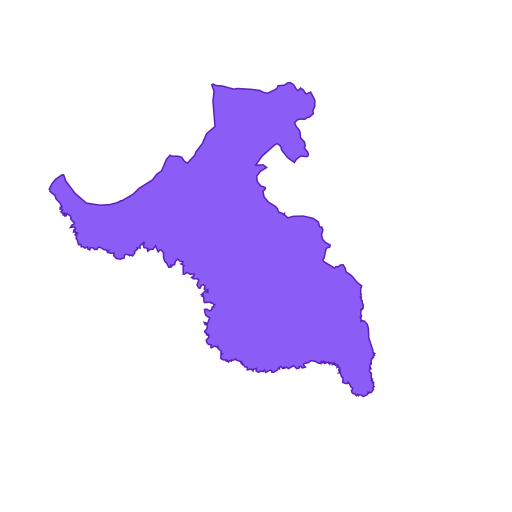 Kasulu, Kigoma, United Republic of Tanzania (orthographic projection), rotated 145°
{"feature_id": "72390352B21750015500578", "entity_name": "Kasulu", "entity_type": "district", "adm_level": 2, "iso_a3": "TZA", "parent_name": "United Republic of Tanzania", "parent_adm1": "Kigoma", "projection": "orthographic", "projection_center": [30.484, -4.434], "detail": "fine", "context": "isolated", "style": "filled", "palette": "violet", "viewbox_px": 512, "rotation_deg": 145, "n_neighbors": 0, "source": "geoboundaries", "source_scale": "gbopen_adm2", "svg_char_len": 6132}
<svg xmlns="http://www.w3.org/2000/svg" viewBox="0 0 512 512"><g transform="rotate(145 256 256)"><path d="M117.2,358.9L122.2,360.0L122.0,364.7L123.1,368.1L126.7,367.3L127.3,368.8L127.0,374.8L128.5,378.5L131.4,379.8L134.5,379.5L140.2,382.8L142.9,381.3L144.8,381.3L153.2,382.7L155.9,385.5L158.0,389.5L164.0,395.0L174.9,403.7L178.5,405.4L186.1,414.6L191.0,418.6L192.5,421.5L194.1,421.6L195.9,415.0L202.6,407.3L215.3,385.6L226.4,384.5L235.1,379.0L245.6,375.7L248.2,373.7L259.1,371.4L260.4,374.8L260.2,379.4L262.4,382.2L267.7,386.1L268.6,387.9L274.0,386.5L284.5,379.9L290.5,379.9L297.1,377.7L312.8,378.5L321.1,377.1L334.7,378.2L334.9,378.8L338.7,379.2L346.7,382.1L354.9,387.3L364.6,396.6L368.3,411.2L368.8,426.5L367.0,432.8L368.2,433.7L375.8,433.8L381.9,432.2L387.1,429.3L386.9,428.0L387.8,427.2L386.0,421.0L387.0,417.5L386.2,411.6L386.8,407.6L388.4,408.3L389.6,406.7L388.3,406.0L387.9,404.7L390.5,404.1L389.9,401.4L390.7,399.6L390.3,400.1L389.7,399.5L388.4,401.3L387.8,399.5L389.5,398.3L388.7,397.8L386.4,398.8L385.0,395.0L386.5,392.3L386.0,387.1L386.8,386.5L388.9,387.0L391.7,385.8L388.5,384.3L387.8,382.9L388.0,382.2L390.2,381.8L391.6,380.4L389.7,380.4L390.8,379.0L388.9,377.2L389.6,376.4L390.6,377.4L392.1,377.1L391.8,375.0L393.4,373.3L393.1,371.8L394.8,367.4L394.7,366.7L393.4,366.8L392.8,366.0L393.9,363.8L392.4,362.9L391.6,360.6L388.8,360.1L389.7,358.4L388.8,356.3L386.9,357.8L384.5,355.8L384.6,354.0L382.5,352.6L380.6,353.5L378.7,352.6L376.9,348.3L375.2,347.2L375.2,345.3L373.9,345.0L375.5,344.5L375.4,343.8L372.7,340.9L370.5,340.1L372.4,337.9L371.9,334.0L368.9,331.2L365.1,330.0L363.4,332.2L361.8,332.0L359.8,330.3L359.4,328.7L358.1,328.8L357.1,326.8L353.5,328.0L352.8,329.5L349.4,329.5L348.8,330.9L346.4,329.0L345.5,330.7L340.1,331.6L339.8,330.7L341.9,329.8L342.9,327.2L340.2,324.2L341.4,323.4L341.8,321.9L339.3,322.3L336.4,320.6L332.6,322.0L333.7,315.5L330.9,316.0L330.2,315.0L329.9,311.9L332.7,307.6L333.8,303.8L333.3,301.5L333.9,296.7L331.5,295.6L330.8,296.0L332.3,296.6L330.9,297.3L327.8,295.5L325.1,297.9L321.9,298.4L321.2,295.0L319.0,293.3L320.8,292.2L322.0,292.5L320.5,289.4L321.9,289.0L326.0,282.9L325.3,282.2L321.8,282.0L320.3,278.5L317.1,277.3L317.4,275.8L321.1,275.3L320.3,274.6L320.5,273.4L317.2,271.0L316.5,269.2L321.0,266.1L321.2,262.5L320.2,261.7L317.4,263.3L315.9,262.9L314.9,260.7L317.4,258.6L316.7,256.9L314.6,256.2L316.4,253.7L317.4,256.4L322.9,255.7L321.9,254.8L322.0,254.0L323.2,254.0L322.4,252.3L324.9,248.3L324.6,247.1L320.2,244.8L319.9,243.3L318.6,242.2L318.4,240.2L317.2,239.5L318.8,239.7L319.8,238.5L321.1,239.3L323.9,237.2L325.4,237.7L326.9,240.7L328.8,241.8L330.9,237.4L331.0,235.3L329.3,232.1L334.4,228.5L336.5,231.3L337.0,228.9L335.5,227.9L336.4,226.1L338.2,224.4L341.2,223.8L341.7,222.6L340.8,221.4L341.7,219.9L340.3,219.4L340.1,218.6L340.9,218.5L340.4,217.5L341.8,216.3L344.9,215.7L345.8,213.9L345.7,210.9L343.5,208.8L345.2,207.4L345.3,206.4L341.6,206.0L340.5,204.0L339.2,204.0L340.2,202.0L339.1,198.2L340.5,196.5L339.7,195.3L341.3,195.3L343.6,192.2L342.3,189.6L340.2,188.1L340.7,187.5L340.2,186.4L339.4,186.6L339.4,184.9L337.5,185.4L336.5,184.1L335.8,184.9L334.4,183.6L331.4,183.5L331.9,182.1L328.5,177.7L329.6,177.3L329.6,175.9L328.8,175.9L329.3,174.3L328.5,173.9L328.8,171.8L327.0,169.8L328.5,167.8L324.6,165.9L324.5,163.5L322.9,164.6L320.2,163.7L321.8,161.9L320.7,159.3L317.7,158.8L316.5,157.2L314.4,157.8L314.9,155.0L309.8,154.5L309.1,153.4L309.7,151.8L308.1,150.6L304.0,150.3L302.0,151.3L301.5,150.1L300.9,151.3L299.2,151.3L298.6,148.5L297.0,148.8L297.4,147.9L294.7,147.3L294.0,145.1L288.0,144.6L287.2,140.3L285.0,139.5L283.8,140.7L282.4,139.5L282.5,138.0L281.0,137.2L279.3,136.7L279.5,139.7L278.5,140.4L274.3,138.6L270.9,138.7L268.0,135.8L266.0,131.9L265.0,131.2L263.9,131.6L264.1,130.9L262.7,131.9L262.8,130.5L261.5,130.4L261.5,129.7L260.7,130.7L260.4,129.8L261.0,129.3L260.2,129.2L260.9,128.5L257.7,127.7L258.0,126.5L257.0,126.5L257.4,125.1L256.2,125.7L255.3,124.2L255.7,123.4L253.8,123.9L254.6,122.9L254.2,122.4L253.4,123.1L252.9,122.2L253.5,120.8L251.8,120.5L251.6,119.8L251.8,118.8L253.1,119.0L253.5,118.3L252.4,118.4L251.6,116.0L252.7,115.4L253.8,116.0L252.5,114.0L253.0,113.6L253.8,114.3L254.1,112.8L255.2,112.8L253.9,111.8L255.3,108.0L254.6,106.3L257.5,102.8L255.7,100.1L253.9,98.9L253.1,99.9L252.5,98.7L253.4,94.4L252.6,92.5L254.2,91.0L254.9,91.2L255.7,89.1L255.2,87.2L254.2,86.9L253.9,84.0L252.4,84.4L252.4,82.8L251.1,83.1L249.5,81.8L248.9,79.4L244.6,78.6L242.7,79.3L242.3,80.2L241.6,79.6L242.1,78.9L239.4,78.2L236.3,79.5L235.8,81.0L234.2,81.3L234.5,82.0L232.2,85.0L233.2,85.2L232.0,87.2L232.8,87.9L231.8,88.4L232.5,88.5L228.7,94.0L229.3,95.5L228.5,97.4L227.4,98.3L226.9,97.9L226.8,98.7L226.4,98.2L225.8,100.7L224.2,102.0L223.7,101.4L220.7,105.4L219.4,105.1L218.7,106.2L217.8,105.6L216.8,107.1L215.8,106.9L215.9,108.1L214.8,108.0L215.5,110.2L214.4,111.5L210.5,124.4L205.5,132.2L204.0,136.2L204.5,140.4L205.9,142.1L207.5,142.3L206.1,144.0L205.7,146.1L204.8,145.7L203.9,146.5L203.6,148.3L200.9,151.5L200.3,151.4L200.6,152.1L198.3,151.7L196.1,154.6L195.9,156.6L194.6,158.5L195.0,160.1L193.2,161.9L193.9,162.8L191.6,164.4L191.6,165.6L188.6,169.5L186.5,171.0L188.2,175.8L189.0,185.2L191.3,191.3L189.9,194.9L189.7,198.9L192.3,200.3L194.6,199.8L196.4,201.4L198.6,201.1L203.8,212.9L203.4,214.6L201.5,215.2L195.3,221.0L193.4,222.0L190.6,221.0L188.9,222.3L191.4,227.4L191.9,231.4L190.2,235.8L186.3,238.9L185.6,242.1L186.9,242.8L187.0,244.1L185.4,247.9L187.6,254.1L194.4,261.6L202.5,267.0L208.0,269.0L209.1,273.6L208.3,274.5L209.7,274.3L210.2,276.4L211.9,278.1L212.1,280.4L211.2,282.3L211.7,285.5L214.9,292.9L215.5,299.6L213.3,305.0L210.0,305.5L209.2,306.9L211.9,310.7L212.3,316.0L209.7,321.1L203.2,322.9L196.6,322.4L197.8,326.5L204.2,330.6L193.8,334.3L176.7,336.3L174.0,335.8L172.7,330.7L173.7,329.8L174.2,327.8L173.6,318.1L170.9,310.6L167.6,312.0L162.0,312.3L157.8,308.5L156.2,308.1L155.0,309.0L154.0,311.5L154.5,316.7L152.6,317.8L150.9,321.5L151.7,327.5L149.0,331.9L148.4,334.5L148.8,339.0L148.0,342.9L144.5,343.8L141.9,343.2L137.3,339.9L134.6,340.1L132.7,339.2L127.3,339.7L126.3,342.2L121.9,345.0L118.4,350.0L117.2,358.9Z" fill="#8b5cf6" stroke="#5b21b6" stroke-width="1.5"/></g></svg>